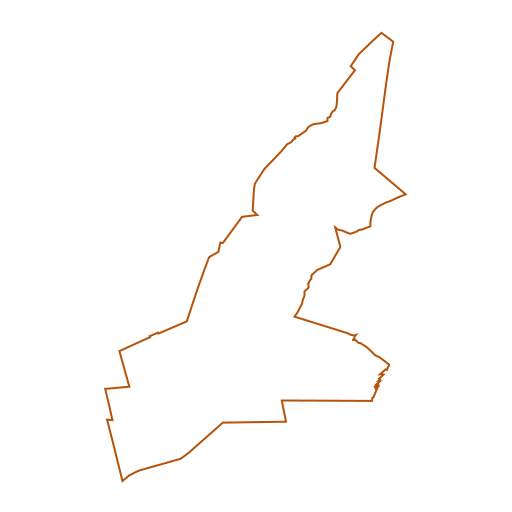 Escobedo, Coahuila, Mexico (Equal Earth projection), rotated 257°
{"feature_id": "50627088B23195967378884", "entity_name": "Escobedo", "entity_type": "district", "adm_level": 2, "iso_a3": "MEX", "parent_name": "Mexico", "parent_adm1": "Coahuila", "projection": "equal_earth", "projection_center": [-101.288, 27.307], "detail": "fine", "context": "isolated", "style": "outline", "palette": "amber", "viewbox_px": 512, "rotation_deg": 257, "n_neighbors": 0, "source": "geoboundaries", "source_scale": "gbopen_adm2", "svg_char_len": 2663}
<svg xmlns="http://www.w3.org/2000/svg" viewBox="0 0 512 512"><g transform="rotate(257 256 256)"><path d="M66.8,75.3L70.7,83.0L72.2,88.8L73.0,92.7L73.3,94.3L74.2,113.0L75.4,137.0L79.4,146.2L79.6,146.5L101.1,186.2L87.8,248.0L99.0,248.3L109.4,248.6L102.2,279.3L102.2,279.5L100.5,286.3L100.4,287.0L96.8,302.1L88.7,336.5L91.7,337.5L92.1,338.6L92.2,338.9L93.3,339.6L96.8,342.2L98.4,343.1L98.9,343.7L99.1,343.0L100.5,342.7L101.5,342.5L100.8,344.9L101.4,345.9L102.1,343.8L102.5,344.9L103.2,345.8L103.7,344.2L106.0,348.6L106.6,347.0L107.7,349.1L108.8,348.2L110.5,351.4L111.8,353.6L112.5,352.0L112.8,350.3L116.4,356.8L115.7,357.6L115.5,357.9L115.9,358.3L118.1,359.6L118.9,360.5L119.4,361.0L120.1,361.4L120.4,361.2L121.1,360.8L121.1,360.5L121.4,360.3L121.8,360.0L127.8,355.0L128.1,354.7L129.7,353.4L130.3,352.7L130.8,351.9L132.5,349.8L136.1,347.5L139.1,345.6L141.1,344.2L141.8,343.7L143.8,342.1L145.7,339.8L146.1,339.5L146.8,339.0L147.6,338.2L148.0,336.8L148.5,336.3L148.8,336.0L149.1,335.8L149.3,335.7L151.0,334.5L152.2,333.7L152.3,330.9L153.0,332.8L155.6,334.1L156.6,335.5L156.5,333.8L157.7,331.0L157.8,330.8L157.9,330.6L159.6,328.6L160.3,327.6L161.3,325.9L188.2,279.9L192.0,284.0L198.9,289.9L203.1,291.9L205.1,293.5L207.8,294.8L208.7,294.9L210.5,295.2L211.4,296.6L212.6,299.1L213.8,300.3L217.2,300.6L219.9,302.8L221.5,304.8L224.7,305.7L228.5,312.2L231.3,326.5L245.6,340.0L246.1,340.2L247.3,340.3L247.7,340.2L266.3,339.6L266.1,339.8L264.0,341.1L263.1,342.0L261.8,345.1L258.6,349.5L257.0,351.9L256.4,353.2L257.2,359.8L258.0,361.1L258.2,363.3L257.9,364.9L259.2,374.1L262.8,375.0L265.4,375.9L267.8,377.1L269.9,378.0L272.3,379.6L274.0,381.6L275.1,383.1L276.4,385.6L277.7,389.4L278.9,395.1L279.4,399.4L281.3,408.1L282.4,415.7L315.2,391.3L349.0,404.4L396.3,422.2L416.2,430.0L433.9,437.9L436.8,435.5L445.2,428.4L439.7,418.6L429.4,401.4L419.6,391.0L414.8,394.2L399.7,375.9L396.2,371.8L388.7,369.8L383.3,367.9L380.1,365.3L380.0,363.7L377.4,360.9L375.0,359.6L374.4,356.7L371.4,356.0L370.8,349.2L371.5,342.5L371.2,339.7L369.8,335.9L366.9,332.9L363.6,324.8L363.3,323.0L363.7,321.8L362.8,320.3L361.7,320.6L361.0,318.5L360.8,318.4L358.9,315.7L357.9,311.4L352.7,304.8L352.0,303.7L351.4,302.9L351.2,302.7L351.0,302.1L350.1,300.9L338.9,283.7L328.4,272.9L326.4,271.0L321.6,269.1L301.0,263.0L295.7,266.5L297.3,251.2L284.5,236.4L276.1,226.6L277.1,224.2L268.5,220.3L266.3,212.6L265.3,210.1L265.1,209.8L254.8,203.0L254.5,202.8L236.1,191.0L207.9,173.9L202.4,143.5L203.4,143.2L201.8,134.4L200.7,134.6L198.6,123.7L194.1,101.5L193.9,101.5L157.1,103.2L159.1,88.8L159.1,88.6L160.5,79.2L144.9,79.3L128.4,79.2L130.0,74.1L108.0,74.6L66.8,75.3Z" fill="none" stroke="#b45309" stroke-width="2"/></g></svg>